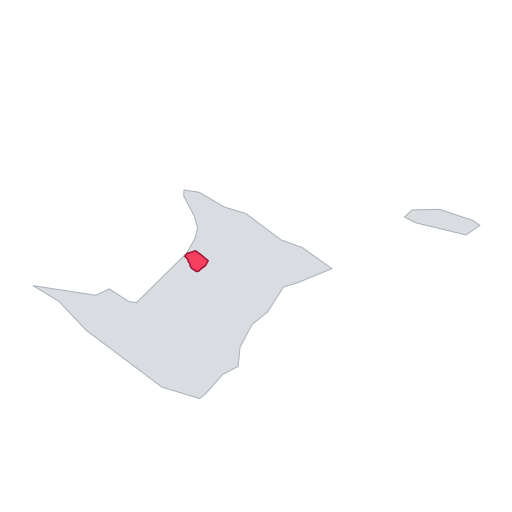 Chaguanas highlighted on a map of Trinidad and Tobago, rotated 39°
{"feature_id": "TTO-63", "entity_name": "Chaguanas", "entity_type": "City", "adm_level": 1, "iso_a3": "TTO", "parent_name": "Trinidad and Tobago", "parent_adm1": "", "projection": "natural_earth1", "projection_center": [-61.422, 10.535], "detail": "fine", "context": "in_parent", "style": "filled", "palette": "rose", "viewbox_px": 512, "rotation_deg": 39, "n_neighbors": 0, "source": "natural_earth", "source_scale": "10m", "svg_char_len": 903}
<svg xmlns="http://www.w3.org/2000/svg" viewBox="0 0 512 512"><g transform="rotate(39 256 256)"><path d="M301.8,402.4L265.4,417.1L170.7,420.6L131.4,415.3L101.3,419.4L156.2,387.4L162.6,373.9L185.9,371.4L192.5,367.4L200.3,296.8L197.3,279.9L192.6,270.7L183.2,264.0L162.1,254.9L158.5,250.0L171.8,242.2L200.3,237.9L221.5,229.4L265.5,227.7L286.9,220.3L322.9,218.1L305.2,250.5L296.9,262.6L300.2,291.8L296.1,311.6L300.8,336.6L311.6,353.0L304.6,369.2L303.6,393.7L301.8,402.4ZM359.0,129.8L346.9,132.3L348.3,122.0L369.6,104.0L402.4,91.9L410.7,91.4L406.0,107.5L359.0,129.8Z" fill="#d9dde1" stroke="#a8b0b8" stroke-width="1"/><path d="M200.8,301.0L200.9,297.0L201.2,297.0L205.6,290.0L212.6,289.6L221.8,289.8L222.8,295.4L221.2,301.4L221.0,304.0L219.4,305.6L213.7,306.1L210.9,305.1L209.3,303.5L207.1,303.1L205.5,301.8L204.0,301.4L200.9,301.0L200.8,301.0Z" fill="#f43f5e" stroke="#9f1239" stroke-width="1.5"/></g></svg>